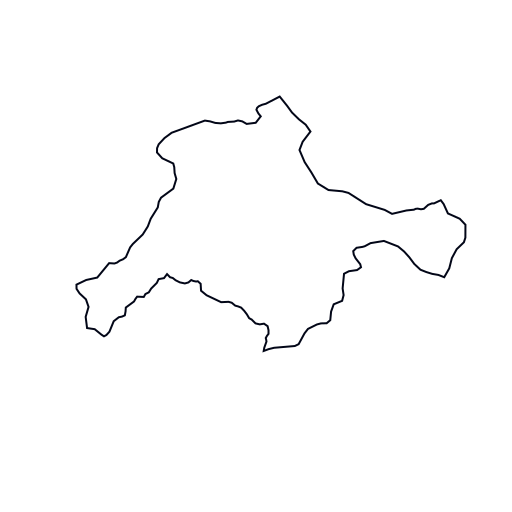 SVG path tracing the border of Ankara, rotated 315°
{"feature_id": "TUR-3008", "entity_name": "Ankara", "entity_type": "Province", "adm_level": 1, "iso_a3": "TUR", "parent_name": "Turkey", "parent_adm1": "", "projection": "albers", "projection_center": [32.475, 39.676], "detail": "fine", "context": "isolated", "style": "outline", "palette": "ink", "viewbox_px": 512, "rotation_deg": 315, "n_neighbors": 0, "source": "natural_earth", "source_scale": "10m", "svg_char_len": 2367}
<svg xmlns="http://www.w3.org/2000/svg" viewBox="0 0 512 512"><g transform="rotate(315 256 256)"><path d="M245.2,149.9L254.1,145.2L257.1,139.8L261.0,135.4L262.9,132.1L258.8,120.6L259.2,112.8L262.3,109.8L266.2,108.2L274.8,107.9L283.5,109.2L315.6,124.1L318.7,128.3L321.3,133.1L324.9,137.3L329.0,140.4L330.9,141.3L335.6,145.5L339.1,147.4L341.5,151.1L342.8,156.0L350.0,161.6L358.1,160.6L358.5,156.9L359.7,152.9L361.6,152.0L363.9,152.1L367.3,153.4L370.6,155.3L385.5,160.0L384.2,171.8L382.9,180.0L383.0,189.7L384.0,198.3L382.5,206.5L369.8,208.2L361.7,211.8L356.8,224.0L354.2,236.2L351.0,248.5L353.9,260.6L362.8,271.3L366.0,276.8L370.5,297.2L379.6,314.4L382.0,322.4L394.6,330.2L400.4,334.9L402.3,335.6L403.8,336.8L405.7,339.6L408.0,341.3L413.9,341.6L417.6,343.2L419.1,344.7L426.1,347.2L425.4,352.0L421.8,361.6L426.4,373.7L426.2,382.0L417.0,391.1L412.7,393.3L402.7,393.1L393.0,396.0L383.9,401.4L374.1,404.1L371.6,398.4L368.0,393.3L365.1,387.8L362.6,382.0L362.3,373.6L363.5,365.3L363.9,357.5L363.2,349.7L357.1,335.8L346.1,327.9L339.8,326.0L337.8,324.9L332.9,321.3L328.2,321.3L326.1,324.2L324.8,328.1L323.9,335.5L322.3,338.2L317.5,337.4L311.0,332.5L305.7,330.8L294.3,340.2L290.3,345.6L285.2,348.6L276.8,345.1L269.8,348.4L263.1,353.9L258.4,353.5L254.3,349.6L250.7,347.5L241.2,344.3L235.6,345.0L223.8,348.5L219.8,347.1L203.9,333.7L199.1,330.8L194.3,328.6L197.0,326.7L202.9,323.9L204.0,322.4L204.9,320.9L207.4,320.2L209.8,319.9L212.4,317.3L214.6,313.8L213.8,309.5L210.3,307.0L208.0,303.3L208.0,297.7L207.7,297.0L207.2,295.1L208.3,290.8L208.9,286.4L209.0,282.0L207.7,279.0L206.2,276.4L205.8,271.9L204.2,269.0L198.7,264.0L193.3,248.8L192.6,241.7L197.2,236.5L197.0,232.7L195.6,231.7L194.0,229.3L193.2,227.2L189.5,226.9L186.3,225.1L183.5,220.8L182.0,216.3L181.6,212.7L180.2,210.2L180.3,205.9L175.3,206.6L170.8,203.5L166.8,204.9L158.8,204.9L154.5,205.9L150.9,204.7L147.7,205.6L143.2,200.7L140.4,201.1L137.6,201.9L127.5,200.4L124.5,203.0L121.3,205.2L118.4,204.1L115.7,202.3L109.3,201.5L98.8,205.9L94.3,206.1L91.7,205.3L91.1,202.3L90.2,193.7L85.6,187.5L92.5,178.6L101.6,173.6L105.1,166.4L104.8,157.7L105.9,152.3L108.8,149.3L119.0,152.9L128.5,159.0L147.1,157.2L150.6,161.2L153.1,162.4L156.3,162.9L159.7,164.3L163.2,164.8L173.1,160.9L177.4,160.4L191.1,160.7L200.4,158.6L207.9,155.2L220.9,152.2L225.5,149.0L230.1,147.6L245.2,149.9Z" fill="none" stroke="#020617" stroke-width="2"/></g></svg>